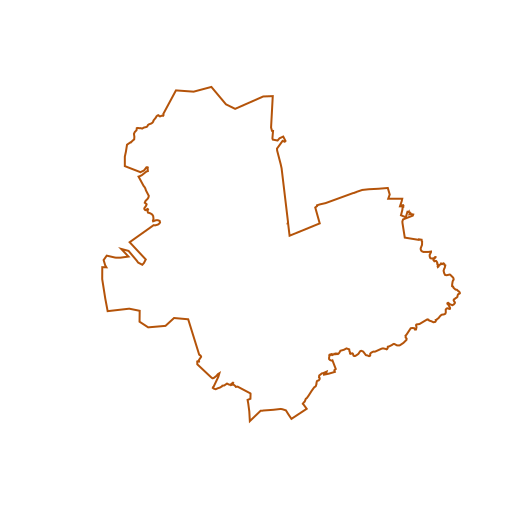 outline of Chicomuselo, Chiapas, Mexico, rotated 45°
{"feature_id": "50627088B18917437048636", "entity_name": "Chicomuselo", "entity_type": "district", "adm_level": 2, "iso_a3": "MEX", "parent_name": "Mexico", "parent_adm1": "Chiapas", "projection": "robinson", "projection_center": [-92.321, 15.794], "detail": "fine", "context": "isolated", "style": "outline", "palette": "amber", "viewbox_px": 512, "rotation_deg": 45, "n_neighbors": 0, "source": "geoboundaries", "source_scale": "gbopen_adm2", "svg_char_len": 6127}
<svg xmlns="http://www.w3.org/2000/svg" viewBox="0 0 512 512"><g transform="rotate(45 256 256)"><path d="M430.3,156.6L430.5,156.2L430.0,155.5L426.4,154.4L425.3,154.5L424.8,154.2L424.7,153.9L424.8,153.5L425.0,153.2L427.2,153.0L429.7,151.9L430.1,150.2L429.9,148.7L429.4,148.1L428.5,148.1L427.1,147.6L426.6,146.8L426.9,146.1L426.9,144.7L427.2,144.0L427.3,143.3L427.3,142.5L426.5,141.4L426.0,140.3L426.1,139.6L426.5,138.8L426.5,138.2L425.8,137.7L424.4,137.6L423.7,137.8L422.0,137.8L420.9,138.6L420.2,138.7L418.2,138.8L417.1,138.3L416.8,138.3L416.6,138.6L416.0,138.7L414.8,137.4L413.2,135.2L412.6,134.0L412.5,133.0L411.5,132.2L410.7,131.9L406.6,131.9L406.1,132.1L404.4,134.8L403.1,135.7L401.2,135.1L399.1,133.8L398.0,131.8L397.8,130.9L396.5,128.8L395.8,129.1L395.3,128.9L395.1,128.6L394.0,128.5L393.6,128.7L393.5,129.9L393.2,130.2L393.0,130.4L392.3,130.3L392.1,130.4L392.4,131.6L391.8,133.5L392.0,134.0L392.5,134.3L392.4,135.2L391.6,134.8L391.1,133.7L390.4,133.3L389.8,133.5L388.8,132.5L388.1,132.3L387.0,132.1L386.6,132.3L385.9,133.6L384.3,133.4L383.9,132.4L383.9,130.0L383.7,129.8L383.4,130.1L383.4,131.3L383.2,132.2L381.9,133.6L381.4,134.0L380.7,134.2L379.7,133.8L378.9,133.3L378.0,132.4L377.0,129.5L376.6,129.1L375.2,131.0L371.6,134.7L370.2,135.3L369.1,135.4L368.0,135.0L367.0,134.1L365.5,130.7L363.1,128.2L362.4,128.2L361.6,127.4L359.4,129.0L359.7,129.5L348.2,137.8L336.1,129.0L335.1,128.1L334.1,126.2L338.3,116.6L337.8,115.5L335.8,116.8L335.1,117.8L335.0,117.4L335.3,117.2L334.8,116.5L333.7,116.9L333.6,116.6L332.8,116.9L332.7,116.8L332.7,117.0L331.8,117.6L334.5,122.7L329.7,124.7L327.0,120.1L325.0,117.5L325.4,117.1L324.9,116.5L324.6,116.9L324.0,116.2L322.9,117.5L323.6,118.2L322.7,119.1L320.2,114.1L318.9,112.1L309.0,122.0L307.1,118.0L301.1,114.7L295.1,121.8L288.5,129.1L284.4,134.2L281.6,139.9L281.6,140.3L281.1,141.0L281.0,141.6L280.1,143.0L267.8,169.4L264.7,174.3L263.3,177.0L263.9,177.5L263.6,179.8L278.0,187.9L265.4,217.9L255.2,209.9L255.1,210.1L254.8,209.5L212.1,175.9L208.5,173.6L196.4,166.5L194.9,165.2L193.4,155.8L195.5,154.9L195.5,153.8L190.8,152.3L189.4,156.1L189.6,159.1L185.6,161.8L184.4,161.2L179.6,155.5L178.8,156.2L175.8,154.5L154.8,131.1L148.3,138.1L137.2,166.7L127.5,170.0L104.9,168.0L95.7,183.9L82.3,195.5L90.0,221.1L90.9,221.6L91.2,222.5L90.1,223.5L89.4,225.2L88.5,225.5L87.5,225.4L87.0,226.2L86.9,227.8L87.3,228.8L87.7,232.7L88.3,233.6L88.5,235.0L88.2,236.5L87.2,238.6L87.0,239.7L87.5,241.4L87.3,242.2L85.9,244.5L85.4,246.4L84.1,247.1L83.2,248.1L81.9,249.0L81.3,249.9L82.6,251.6L82.6,254.0L83.3,255.9L85.8,257.8L87.4,259.7L87.2,261.5L87.2,264.2L86.9,264.3L86.1,268.5L90.3,274.3L93.0,278.5L99.7,285.2L115.1,278.4L115.1,278.1L116.1,275.4L116.3,274.3L115.8,270.8L116.2,270.2L116.9,269.9L117.6,270.9L119.5,272.4L118.8,273.7L118.1,279.7L117.4,281.7L116.8,282.9L126.9,285.9L128.7,286.1L130.0,286.5L131.7,287.4L137.7,289.3L138.6,290.8L139.0,292.7L138.9,293.6L139.0,295.4L139.7,297.0L141.9,296.7L142.2,296.9L142.8,298.4L143.2,301.0L143.4,301.4L144.0,301.8L144.7,301.9L145.3,301.8L145.6,301.5L146.0,299.4L146.3,299.3L146.8,299.4L147.0,300.1L147.7,301.1L149.0,301.7L150.5,300.8L152.4,300.2L153.5,300.1L155.1,300.5L156.5,301.6L157.4,302.4L158.1,303.9L158.7,304.2L160.0,301.4L161.3,300.1L163.0,299.3L164.4,300.1L164.7,301.4L164.4,303.2L163.0,305.7L161.8,306.6L156.9,335.6L180.5,336.4L181.7,340.2L181.8,342.6L177.3,344.0L174.9,343.6L162.3,342.5L155.7,346.3L166.2,346.6L161.2,353.2L157.7,356.6L150.2,361.3L151.1,366.6L155.9,369.2L158.2,369.8L155.2,372.6L163.6,381.1L179.4,392.6L190.1,399.9L203.6,382.9L212.5,377.0L220.1,384.8L230.2,382.7L241.4,369.4L241.9,357.8L252.8,348.7L285.5,365.9L286.3,365.9L286.8,365.6L288.0,365.8L288.5,366.1L289.2,369.9L289.6,370.5L290.2,370.7L290.3,371.0L289.5,371.2L289.3,371.4L289.0,372.1L291.1,374.1L310.1,373.5L311.5,373.3L311.9,373.1L312.4,372.0L312.8,368.9L312.6,366.5L313.0,364.8L314.8,368.1L318.4,378.3L318.3,378.8L318.7,379.8L320.0,379.6L321.7,378.7L322.5,376.5L323.5,374.6L324.1,372.3L323.9,371.5L325.1,370.0L325.7,366.7L327.6,366.1L329.0,365.3L329.1,364.9L329.0,364.0L329.4,361.1L330.2,363.9L330.6,363.2L331.5,362.8L333.3,362.6L334.3,362.8L335.3,361.4L349.2,357.1L349.5,357.2L353.0,360.9L351.8,363.7L354.7,365.7L361.1,370.6L368.4,377.1L368.7,362.1L369.9,360.9L370.5,360.0L377.0,352.5L381.6,346.7L383.0,345.7L386.3,344.0L390.6,345.0L396.2,346.1L399.9,328.2L394.6,327.4L393.6,327.4L393.3,325.7L393.4,324.5L392.2,321.8L392.4,320.4L391.9,317.4L390.7,312.0L390.0,307.7L390.3,306.3L390.3,305.8L389.2,303.6L388.8,303.4L387.6,301.5L387.6,300.9L388.3,299.7L388.1,298.2L387.4,297.3L386.4,297.3L385.2,295.8L385.6,292.4L386.3,291.4L387.7,287.8L388.5,289.2L387.3,291.2L388.0,291.8L390.6,287.9L393.7,282.2L392.2,281.4L392.3,279.5L384.0,275.8L383.9,277.1L383.8,276.7L383.3,276.6L381.8,277.2L380.6,277.2L379.7,276.4L378.8,275.0L378.0,274.4L378.6,273.4L378.1,273.2L378.8,271.9L379.3,272.2L379.5,271.8L380.0,272.0L380.6,270.4L381.1,269.9L380.8,269.7L381.4,269.2L381.1,269.1L381.6,268.5L382.0,268.7L382.6,268.1L382.1,267.9L383.4,266.8L383.3,265.5L382.7,263.3L384.5,260.1L385.3,257.4L387.9,256.1L389.8,257.5L390.5,257.5L391.1,257.9L391.5,258.5L392.1,258.3L392.9,256.7L393.5,256.6L394.3,256.9L395.3,257.5L396.0,257.4L396.5,257.0L396.9,256.4L397.4,254.1L397.6,252.8L397.0,249.8L397.1,249.2L397.6,248.5L399.4,247.8L403.8,248.4L404.5,248.0L405.1,247.5L406.6,247.0L407.1,246.4L407.1,245.6L405.9,244.4L405.8,243.5L405.9,242.6L406.6,240.6L407.5,239.8L407.9,239.2L410.3,232.8L411.1,231.5L413.6,229.9L414.4,229.6L414.5,229.0L414.2,228.0L413.4,227.1L413.4,226.7L414.0,226.0L415.0,223.0L415.4,221.1L415.7,220.6L416.3,220.3L418.9,219.5L420.5,218.0L420.9,217.2L421.7,213.2L421.7,208.9L420.9,207.9L419.4,207.8L418.6,206.9L418.1,206.7L418.0,205.0L416.5,197.7L417.4,196.4L418.9,195.2L420.5,195.6L421.1,194.8L419.8,192.8L418.0,191.7L417.9,190.9L419.7,188.5L421.9,179.8L422.4,179.3L422.9,179.1L423.2,179.4L424.5,179.0L426.2,178.1L428.3,177.4L429.3,175.9L429.3,175.3L428.8,174.3L428.4,174.1L428.8,173.5L428.7,172.6L429.0,170.9L428.7,168.6L428.7,167.0L428.9,166.1L430.2,164.4L430.7,163.0L430.1,161.7L428.1,159.8L427.9,158.7L428.1,157.9L428.2,157.7L430.3,156.6Z" fill="none" stroke="#b45309" stroke-width="2"/></g></svg>